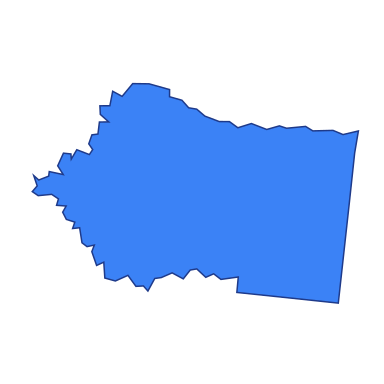 Bradley, Arkansas, United States of America (Robinson projection), rotated 96°
{"feature_id": "52423323B29165954447352", "entity_name": "Bradley", "entity_type": "district", "adm_level": 2, "iso_a3": "USA", "parent_name": "United States of America", "parent_adm1": "Arkansas", "projection": "robinson", "projection_center": [-92.174, 33.435], "detail": "fine", "context": "isolated", "style": "filled", "palette": "blue", "viewbox_px": 384, "rotation_deg": 96, "n_neighbors": 0, "source": "geoboundaries", "source_scale": "gbopen_adm2", "svg_char_len": 1140}
<svg xmlns="http://www.w3.org/2000/svg" viewBox="0 0 384 384"><g transform="rotate(96 192 192)"><path d="M113.9,32.9L119.1,47.8L116.0,58.2L118.6,78.2L114.9,85.9L118.7,104.6L117.1,112.0L122.0,124.2L117.7,140.1L123.3,153.1L118.1,162.1L119.1,172.3L115.2,187.1L109.1,196.0L108.6,204.1L101.8,211.6L99.6,224.3L92.5,225.0L88.9,246.0L90.4,262.3L104.2,271.5L100.1,281.4L114.8,282.7L115.9,292.6L124.4,291.3L131.0,282.2L132.1,291.4L144.2,291.6L145.6,297.5L154.9,299.7L160.2,295.2L165.5,298.0L162.0,311.0L171.9,315.5L166.8,316.4L166.8,323.9L180.0,328.3L188.1,321.9L186.6,336.1L191.2,336.2L196.1,345.7L192.2,351.1L202.1,346.6L208.3,350.9L211.7,344.6L209.0,331.3L212.8,324.1L219.4,325.3L219.1,315.7L225.6,318.5L232.4,314.1L234.2,305.4L240.8,306.9L239.3,300.0L254.0,296.1L257.3,290.7L255.0,283.6L261.8,285.4L275.0,279.2L271.0,272.4L286.7,269.7L288.5,258.9L281.6,247.0L291.7,237.9L290.5,230.5L295.1,225.5L281.9,220.0L280.3,213.6L274.5,203.3L279.3,191.6L269.8,185.6L268.0,179.2L275.4,169.4L271.1,161.9L275.9,154.1L271.7,137.1L287.2,136.9L287.2,39.2L287.2,34.9L185.5,34.4L136.2,34.3L113.9,32.9Z" fill="#3b82f6" stroke="#1e3a8a" stroke-width="1.5"/></g></svg>